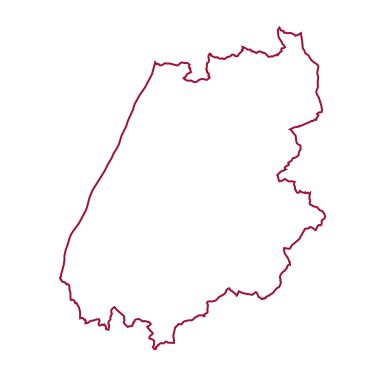 the district of Kilmuckridge Lea-4, Wexford, Ireland, rotated 172°
{"feature_id": "5873133B64504717779267", "entity_name": "Kilmuckridge Lea-4", "entity_type": "district", "adm_level": 2, "iso_a3": "IRL", "parent_name": "Ireland", "parent_adm1": "Wexford", "projection": "mercator", "projection_center": [-6.406, 52.51], "detail": "fine", "context": "isolated", "style": "outline", "palette": "rose", "viewbox_px": 384, "rotation_deg": 172, "n_neighbors": 0, "source": "geoboundaries", "source_scale": "gbopen_adm2", "svg_char_len": 5735}
<svg xmlns="http://www.w3.org/2000/svg" viewBox="0 0 384 384"><g transform="rotate(172 192 192)"><path d="M137.7,76.1L136.5,76.7L136.2,76.3L135.6,76.3L133.5,77.0L133.6,77.4L132.4,78.2L129.9,78.8L128.2,79.8L126.0,80.7L121.8,84.7L119.1,85.7L117.4,88.0L116.7,89.6L116.5,90.9L117.0,91.7L116.4,93.0L116.9,94.8L116.4,96.7L115.3,98.3L112.6,100.5L111.4,101.0L108.8,103.3L107.9,105.3L106.6,106.4L106.1,106.6L105.1,106.3L105.0,109.1L105.4,109.5L106.0,112.7L108.8,118.4L108.9,123.1L108.5,123.7L104.5,122.4L102.9,122.4L100.6,125.2L92.2,130.6L85.2,139.8L81.2,139.8L80.6,140.7L79.8,140.8L78.5,140.4L75.0,137.0L74.6,137.2L72.0,141.2L70.8,141.7L69.7,141.0L68.7,141.4L68.0,142.4L67.5,145.7L64.7,147.3L63.5,149.3L64.2,152.5L65.5,154.9L68.1,156.2L70.4,159.8L73.4,160.7L77.0,163.5L77.1,164.7L76.1,166.9L76.7,169.9L75.2,174.7L76.0,174.3L77.0,174.5L77.2,175.1L80.3,175.3L80.2,175.8L81.0,175.6L82.8,176.3L84.8,177.6L84.7,177.9L85.0,178.1L86.1,176.6L87.9,176.6L88.8,178.3L89.1,180.0L89.7,180.6L89.3,182.7L90.1,185.3L88.9,187.7L91.4,188.7L93.9,188.8L95.2,189.3L98.2,192.0L100.9,190.7L104.1,190.5L104.7,193.6L104.6,195.4L105.3,196.8L101.3,199.8L95.9,201.3L96.7,202.0L96.7,203.2L96.2,204.0L95.0,204.4L94.4,204.9L93.1,205.0L92.4,205.4L92.2,206.6L92.7,207.4L88.8,209.4L87.5,211.4L85.2,211.6L82.2,212.9L81.2,213.9L80.7,216.2L79.9,217.7L78.4,219.1L78.6,219.9L78.1,222.1L78.2,223.0L80.4,224.5L81.3,225.9L81.7,227.4L81.5,233.2L84.8,238.6L85.2,239.8L86.1,240.3L82.4,241.7L77.8,241.9L77.0,242.0L76.5,242.6L76.1,242.2L74.8,242.4L68.0,244.4L66.1,244.7L63.7,245.8L62.5,245.4L60.6,246.5L59.9,246.4L59.3,246.8L58.8,246.4L58.2,248.0L56.1,250.3L57.4,251.8L55.7,253.0L52.5,253.1L51.8,254.9L51.9,259.1L53.0,266.5L53.4,268.3L54.6,271.1L55.0,273.5L54.9,274.4L52.5,278.7L52.4,282.6L51.0,287.9L51.5,292.4L49.3,298.8L49.7,299.9L50.8,301.4L53.4,303.6L55.6,306.2L57.7,311.1L60.5,313.8L61.1,316.8L62.3,318.8L61.9,325.4L62.1,334.2L64.3,333.1L67.9,332.3L68.7,333.6L72.1,335.8L75.3,335.9L76.8,336.7L78.7,336.9L79.0,338.7L81.5,339.7L82.5,342.6L84.2,340.7L84.6,339.0L84.7,333.4L82.3,327.9L81.8,326.1L80.6,324.4L79.8,322.4L81.4,321.8L83.3,321.7L83.8,320.3L83.7,318.9L85.3,318.2L87.7,315.9L87.8,316.6L90.4,315.7L91.9,315.6L93.2,314.9L94.2,315.3L96.1,315.1L97.6,315.4L100.2,319.1L101.7,319.9L102.3,319.8L102.6,320.3L105.0,321.8L107.2,321.7L107.5,321.2L109.0,320.6L110.2,321.8L111.3,322.2L111.8,322.7L113.3,323.0L113.0,323.4L114.4,324.9L117.0,325.2L119.8,327.7L121.8,328.6L121.5,326.8L122.7,326.0L122.2,325.2L126.6,321.8L127.6,320.4L129.9,320.2L131.2,322.0L133.3,322.6L135.5,320.9L138.0,320.8L141.0,319.2L142.2,319.4L143.2,320.2L145.2,320.0L147.2,320.8L147.5,321.5L148.4,322.0L150.1,321.9L153.6,324.0L154.2,324.6L153.9,325.6L155.2,326.5L156.2,325.5L156.9,324.1L156.8,320.0L157.9,318.0L159.2,317.3L159.4,316.7L160.1,312.9L160.8,311.8L160.8,311.0L160.1,310.1L160.5,309.4L160.3,308.3L160.0,308.4L159.8,307.5L158.9,307.0L159.0,305.9L159.5,305.2L159.1,304.3L159.4,304.1L158.5,303.1L158.9,302.5L161.7,301.0L166.5,302.7L170.1,301.8L171.8,300.5L174.7,300.5L177.2,302.5L179.5,302.6L182.1,303.4L183.7,304.9L183.4,305.1L183.5,305.5L184.2,306.1L182.8,306.6L180.4,309.4L176.2,310.9L177.2,314.3L176.6,314.7L177.2,315.0L177.7,316.6L176.6,318.3L177.7,319.6L179.2,320.7L180.8,320.6L184.4,321.8L188.4,319.4L189.2,319.4L196.6,322.5L198.4,322.5L199.5,323.0L201.2,323.1L204.2,321.8L205.6,321.7L206.5,322.1L207.1,323.2L207.9,323.7L209.2,323.4L210.4,325.6L215.1,314.4L224.2,301.8L230.1,295.5L236.5,287.1L239.1,281.5L245.4,271.7L247.9,266.4L253.9,257.7L257.7,249.4L261.2,244.6L263.9,241.6L266.8,236.9L271.4,231.1L275.5,225.1L290.0,207.9L294.1,201.1L297.8,192.1L300.0,188.1L308.6,176.4L314.9,170.1L317.7,166.8L319.5,163.8L322.3,157.5L325.3,151.8L327.2,146.6L327.9,141.8L329.1,137.9L333.4,127.6L333.4,126.6L334.6,125.6L334.7,125.0L334.3,124.7L334.2,123.2L333.5,123.0L333.0,121.2L331.2,120.7L329.9,119.6L329.0,118.1L329.7,117.3L329.0,118.0L327.9,118.1L326.9,117.1L326.6,115.5L326.9,111.9L326.4,109.8L327.2,102.7L327.0,102.0L325.3,102.1L323.8,100.9L323.1,98.1L322.2,98.4L321.8,98.0L320.0,93.4L319.5,88.8L320.4,82.5L317.9,82.5L316.8,81.3L316.3,80.3L315.8,80.5L315.1,79.1L315.8,76.8L313.4,76.8L310.5,78.5L308.4,78.6L308.0,78.3L304.5,79.1L301.9,79.0L301.4,77.6L302.9,74.6L302.4,72.7L300.6,72.7L299.6,73.4L298.4,72.6L297.4,73.1L296.9,72.0L296.1,71.5L296.1,68.1L294.0,67.2L292.5,71.1L292.6,72.2L293.1,72.7L293.0,74.4L292.3,75.6L290.5,77.2L290.1,80.0L289.2,80.8L288.7,82.3L288.3,82.5L288.7,84.5L288.3,86.1L288.0,86.8L286.2,88.2L284.8,88.8L282.6,85.5L276.7,78.6L276.5,77.3L276.9,76.5L276.6,74.6L277.3,73.3L277.6,71.4L274.4,67.3L272.5,67.8L270.0,67.6L269.3,68.5L269.0,70.0L267.9,70.5L267.9,71.3L266.9,71.9L266.5,73.0L265.3,73.6L263.7,73.7L262.4,73.6L261.1,72.9L259.1,70.8L257.4,70.9L257.2,70.6L255.7,70.5L254.3,69.5L253.0,69.5L252.7,68.9L251.4,67.7L251.4,66.6L252.8,65.7L255.1,64.8L254.3,63.1L253.8,62.7L253.3,61.3L251.1,58.6L250.6,57.8L250.7,57.1L251.4,56.5L253.1,55.7L254.7,53.6L253.6,52.2L253.0,52.2L251.3,51.3L250.2,49.9L250.9,45.9L252.3,44.1L251.1,41.6L250.2,41.4L249.8,41.6L249.8,42.3L249.3,42.4L249.2,43.5L247.7,44.0L246.8,45.3L245.8,45.5L245.1,46.3L243.0,46.7L242.2,46.2L240.9,46.0L239.1,47.6L237.5,47.0L236.6,46.1L230.9,45.1L230.4,47.7L230.6,52.0L227.7,59.9L223.6,63.1L220.9,62.4L218.5,64.6L216.8,65.3L215.4,65.1L213.0,65.5L210.6,65.0L209.1,65.3L206.8,67.1L202.1,68.9L198.7,68.4L197.4,67.2L196.8,67.4L196.8,68.9L196.6,69.3L194.1,70.1L193.3,70.8L193.1,73.6L191.9,77.8L192.6,80.1L191.6,81.3L189.0,81.2L187.3,80.7L183.8,81.2L182.4,82.1L180.0,84.2L175.4,85.9L173.5,87.0L172.0,88.8L171.7,90.1L170.2,91.1L168.6,91.5L167.6,89.2L165.9,88.2L165.1,86.9L163.1,85.1L162.2,83.1L161.5,83.7L159.5,87.1L155.3,84.6L146.6,81.8L142.7,84.0L141.6,82.7L140.7,78.7L139.1,77.8L137.7,76.1Z" fill="none" stroke="#9f1239" stroke-width="2"/></g></svg>